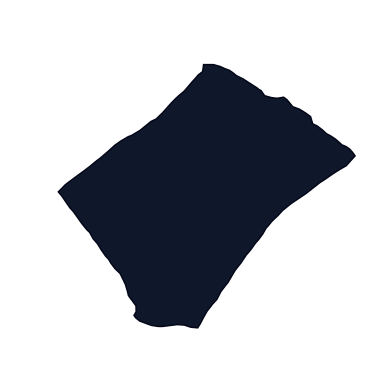 outline of Huth, Amran, Yemen, rotated 309°
{"feature_id": "15242507B35105243625630", "entity_name": "Huth", "entity_type": "district", "adm_level": 2, "iso_a3": "YEM", "parent_name": "Yemen", "parent_adm1": "Amran", "projection": "mercator", "projection_center": [43.982, 16.275], "detail": "fine", "context": "isolated", "style": "filled", "palette": "ink", "viewbox_px": 384, "rotation_deg": 309, "n_neighbors": 0, "source": "geoboundaries", "source_scale": "gbopen_adm2", "svg_char_len": 1842}
<svg xmlns="http://www.w3.org/2000/svg" viewBox="0 0 384 384"><g transform="rotate(309 192 192)"><path d="M108.0,88.0L106.9,93.6L104.9,100.2L102.8,107.4L102.1,112.1L100.8,116.9L98.2,126.1L97.3,130.2L96.5,134.1L96.2,137.9L93.5,144.5L92.3,151.2L89.9,157.9L87.8,165.3L87.3,169.4L85.6,173.9L84.0,180.4L83.4,187.5L80.3,194.2L78.1,198.7L74.0,204.6L71.5,207.8L68.3,220.1L63.9,223.9L59.6,224.6L58.8,227.5L58.8,228.7L58.8,232.5L60.3,237.0L61.6,241.0L63.0,244.8L66.5,250.7L69.0,253.7L79.8,264.1L83.7,269.7L86.2,276.2L90.0,281.9L94.8,281.3L101.8,279.9L108.9,278.7L115.6,278.6L117.4,278.5L124.1,278.9L133.0,277.1L140.2,276.9L144.2,276.9L150.8,275.9L158.2,274.8L162.4,274.7L166.0,274.7L167.5,274.7L177.2,273.8L180.0,273.9L184.3,274.0L192.2,273.5L196.8,273.7L203.8,273.4L210.5,272.3L214.3,272.5L218.8,272.5L221.0,272.7L223.6,273.0L227.7,273.6L234.6,274.0L241.2,275.4L245.5,276.3L262.7,281.6L280.0,285.5L280.4,285.7L287.7,288.0L294.3,289.9L298.2,291.2L303.0,292.8L309.4,295.3L322.7,296.0L323.9,291.6L324.6,287.1L324.2,282.9L323.0,279.0L323.4,270.2L322.8,264.1L321.9,259.7L322.3,254.5L322.1,247.6L320.9,242.9L325.2,236.7L324.9,230.7L324.0,223.5L321.7,216.6L323.5,207.6L323.3,203.5L318.8,199.6L317.0,197.1L315.3,194.2L312.5,187.8L313.8,183.6L314.3,181.5L313.8,180.1L313.8,177.0L312.0,160.5L310.4,153.3L310.4,149.0L310.1,144.5L308.5,139.8L307.3,135.0L304.5,128.5L298.3,120.8L292.3,124.5L287.0,123.2L282.3,123.1L277.9,122.8L273.2,122.7L265.5,122.5L258.5,121.1L253.5,120.4L248.1,119.9L243.5,119.7L235.8,119.3L235.3,119.3L230.5,118.7L226.2,118.2L220.9,115.7L207.0,112.8L202.2,111.0L198.1,109.5L194.8,107.6L190.8,106.1L187.1,104.7L180.2,102.7L176.0,102.0L171.8,101.4L164.6,100.1L160.8,99.4L156.5,98.3L152.1,97.4L147.5,96.5L140.2,94.7L132.7,92.7L128.8,91.7L122.2,90.0L117.5,88.9L112.5,88.5L108.0,88.0Z" fill="#0f172a" stroke="#020617" stroke-width="1.5"/></g></svg>